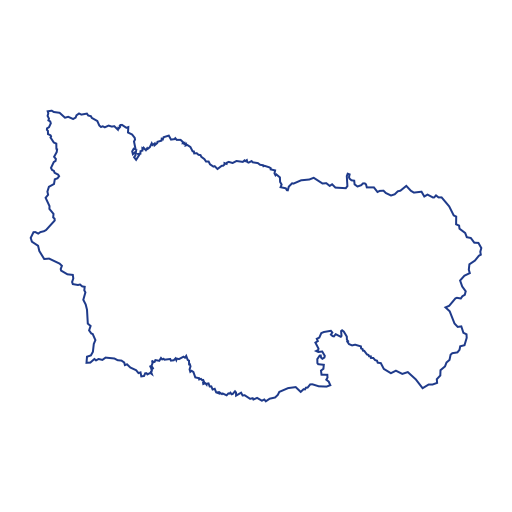 Mae Taeng, Chiang Mai, Thailand (Robinson projection)
{"feature_id": "78962969B22934256607694", "entity_name": "Mae Taeng", "entity_type": "district", "adm_level": 2, "iso_a3": "THA", "parent_name": "Thailand", "parent_adm1": "Chiang Mai", "projection": "robinson", "projection_center": [98.828, 19.19], "detail": "fine", "context": "isolated", "style": "outline", "palette": "blue", "viewbox_px": 512, "rotation_deg": 0, "n_neighbors": 0, "source": "geoboundaries", "source_scale": "gbopen_adm2", "svg_char_len": 6022}
<svg xmlns="http://www.w3.org/2000/svg" viewBox="0 0 512 512"><path d="M51.7,110.7L47.7,111.3L48.3,113.3L47.6,115.9L49.0,118.7L48.4,120.4L50.2,121.4L50.8,123.3L49.0,127.2L47.0,128.4L46.9,129.8L47.9,130.8L48.0,134.1L50.5,135.3L51.1,136.4L50.5,137.5L53.8,142.5L56.3,143.6L56.4,148.9L57.1,149.3L56.7,152.1L54.1,156.8L55.9,159.0L55.5,161.0L53.8,162.0L51.0,167.9L52.0,169.9L53.9,170.9L54.6,172.8L58.1,174.6L59.1,176.2L57.5,178.3L54.8,179.3L54.0,184.0L48.9,186.8L47.4,191.6L48.1,194.8L45.6,197.8L49.5,206.1L49.4,208.9L53.5,213.9L53.2,217.4L54.6,218.7L54.7,220.5L46.1,230.0L44.0,231.2L40.4,232.1L38.2,233.6L35.4,232.1L33.5,232.2L30.7,237.9L31.9,241.7L38.1,245.8L39.3,251.0L44.2,259.0L49.1,258.6L59.6,263.6L61.9,265.8L60.7,269.0L61.1,270.6L67.4,274.3L72.8,274.9L73.3,278.4L72.1,282.0L72.8,284.1L78.0,285.0L80.0,284.5L82.2,286.4L84.7,286.8L84.3,290.3L85.4,292.4L83.3,299.8L85.7,304.5L87.0,309.7L87.8,323.6L90.6,326.0L89.1,330.4L91.3,333.5L92.7,334.0L95.4,340.1L93.8,343.9L92.9,351.8L90.9,355.4L87.0,356.7L86.5,362.8L90.3,362.6L94.4,359.0L96.0,360.4L98.6,359.0L102.4,359.9L105.6,357.6L114.4,358.5L117.6,360.2L121.5,360.6L124.2,362.5L124.9,365.1L127.0,364.3L130.3,367.5L136.1,370.2L138.5,373.1L140.5,372.4L141.3,376.4L144.0,376.0L145.2,373.3L146.5,373.2L147.4,374.4L150.3,372.9L151.8,374.0L151.0,371.7L151.9,370.8L151.5,369.7L153.0,368.3L152.3,367.2L151.0,367.9L150.3,366.4L151.6,365.8L152.5,363.2L152.1,360.5L153.4,362.2L154.6,361.9L155.4,360.1L159.3,360.8L161.0,358.0L162.2,359.4L163.6,358.8L164.5,359.7L170.2,359.0L170.9,360.6L173.7,360.3L175.5,358.4L176.3,360.1L176.8,358.6L179.0,359.1L183.5,356.7L185.0,357.7L186.2,355.9L187.7,359.9L189.0,360.7L189.1,364.3L189.8,364.2L190.5,366.3L189.6,369.4L190.3,371.8L191.6,370.8L193.4,372.0L195.3,377.4L199.1,378.2L199.2,379.4L201.0,378.9L202.2,380.2L203.2,380.0L204.3,382.4L203.1,382.6L203.3,384.0L205.3,383.2L206.6,384.7L206.8,383.7L208.5,383.4L209.7,386.5L211.3,386.4L212.6,389.5L214.7,388.8L216.2,392.4L218.4,393.2L217.9,392.3L219.1,392.1L222.0,394.1L222.7,393.5L226.6,395.3L228.4,393.4L229.6,393.6L230.4,392.7L231.7,394.3L232.8,393.9L235.0,391.3L236.0,392.5L236.1,395.6L241.1,392.7L242.6,395.5L244.6,395.2L250.1,398.8L252.7,398.2L253.4,399.5L257.1,397.9L261.9,400.7L264.3,399.5L265.8,401.3L269.7,398.7L275.1,397.5L277.8,394.9L279.3,391.9L288.1,388.1L295.7,387.1L300.7,391.9L303.6,389.2L305.0,389.4L305.9,387.7L307.6,387.6L310.2,384.4L312.4,384.3L318.8,386.3L326.5,386.6L330.3,385.2L328.7,381.6L326.3,379.7L327.5,377.6L327.3,374.8L321.5,374.7L321.0,370.6L323.4,368.8L323.8,364.8L318.2,364.2L317.4,363.1L317.3,359.1L319.7,355.6L320.7,355.5L321.1,357.6L322.4,358.8L324.4,357.5L324.8,355.9L322.2,351.5L318.3,352.0L316.2,351.0L318.2,350.0L318.5,348.6L315.4,342.6L317.8,341.1L316.8,338.8L319.3,337.6L321.3,333.1L323.9,332.0L330.9,330.8L332.3,332.5L330.9,334.6L332.6,336.1L333.9,336.4L335.7,334.2L340.8,336.8L341.5,335.9L341.1,331.1L342.1,330.3L343.8,331.6L346.8,336.6L346.9,339.7L348.0,341.1L347.3,341.6L349.0,344.1L352.1,345.4L355.1,344.7L360.9,346.4L361.1,348.4L362.6,349.1L362.9,350.6L364.2,350.8L367.0,354.5L368.4,354.9L369.1,356.3L370.8,356.4L370.9,357.9L373.3,358.0L375.1,360.1L377.0,360.7L377.7,362.7L380.8,363.1L383.8,368.9L390.9,373.2L395.9,370.7L402.3,373.9L407.8,372.1L415.8,379.4L422.6,388.2L428.7,384.5L432.6,384.5L437.1,382.9L436.8,379.2L440.3,375.5L440.5,370.2L445.0,366.4L446.5,362.5L449.5,359.9L450.6,354.7L452.3,353.2L457.4,352.4L459.5,349.8L460.2,346.3L464.5,345.2L466.7,337.8L466.5,334.3L463.4,332.8L461.3,326.4L457.7,326.9L454.5,323.5L449.7,311.3L445.5,307.4L449.2,305.8L455.4,298.4L456.9,297.8L460.8,298.5L462.4,296.2L464.8,294.8L465.7,291.3L462.2,286.5L460.1,280.5L464.4,275.7L469.8,273.1L468.8,269.7L469.4,264.3L474.9,260.6L478.9,255.7L480.8,254.7L480.3,251.8L481.3,248.0L478.4,242.9L474.3,242.7L470.8,238.0L466.8,237.2L465.2,233.0L459.5,228.7L459.1,225.6L456.1,224.3L456.2,216.6L453.7,215.4L449.2,206.4L441.6,197.4L438.5,197.4L436.0,195.4L434.2,197.4L433.0,197.5L427.5,194.6L424.3,196.5L421.5,191.7L413.9,192.6L410.9,190.8L406.3,185.9L400.4,190.7L397.8,191.3L394.7,194.3L391.0,195.5L385.8,193.0L383.5,190.7L379.7,190.9L377.5,192.0L373.9,187.4L366.8,187.4L366.0,184.4L364.8,183.4L363.0,183.4L361.2,185.2L357.5,186.5L354.6,184.4L354.2,180.7L351.5,180.3L349.5,178.6L349.0,177.1L349.6,174.4L347.7,173.7L346.8,176.1L347.4,186.1L345.8,188.2L335.4,187.6L332.1,184.3L329.7,185.9L326.3,183.2L322.5,183.5L313.7,177.8L309.3,179.5L301.1,180.3L293.5,183.6L292.1,183.3L288.8,186.6L287.8,190.3L286.9,190.2L285.8,188.3L280.6,187.2L281.6,184.5L280.1,181.9L279.9,177.4L276.3,174.4L275.5,175.3L274.5,173.4L275.1,170.4L270.7,169.4L270.7,168.2L269.2,167.3L264.5,165.8L263.4,166.2L263.0,165.2L260.1,164.8L257.9,163.1L252.7,162.3L251.6,161.1L248.6,162.6L247.3,162.1L246.8,160.1L245.2,161.2L244.5,160.4L242.8,161.9L236.5,161.0L232.6,163.0L228.7,161.9L226.9,162.7L226.6,163.9L224.5,163.1L224.5,164.5L223.2,165.7L221.7,165.8L217.5,169.0L214.7,166.2L213.4,166.6L210.0,164.3L208.6,161.5L206.0,161.5L204.4,159.1L201.3,156.8L200.5,155.1L198.5,154.8L196.7,153.2L194.2,153.4L193.9,151.5L192.6,151.3L190.4,147.0L187.2,144.9L185.6,145.5L185.9,143.7L184.4,144.0L184.4,142.8L182.7,143.2L182.9,142.0L180.6,139.9L176.7,139.9L175.3,138.2L174.6,139.1L171.0,139.6L168.8,135.6L163.6,137.2L162.8,139.4L161.7,138.8L161.4,140.7L157.5,141.8L157.2,143.1L154.7,145.2L154.6,143.5L152.5,145.0L151.7,143.3L149.8,147.2L147.7,148.9L147.2,148.2L145.9,150.2L143.8,147.9L143.6,148.6L142.4,148.0L142.4,150.6L140.5,151.2L140.4,153.7L138.0,154.0L139.1,155.1L136.1,159.8L134.1,157.2L135.4,155.5L136.0,151.4L132.9,154.2L132.2,151.4L133.7,148.7L135.6,149.4L134.0,141.5L135.0,139.6L134.7,137.8L132.1,134.5L128.0,132.5L128.3,127.1L126.4,127.8L122.0,124.9L120.4,125.0L119.7,125.9L120.2,126.8L118.9,128.4L118.3,128.0L117.9,129.7L114.3,126.2L111.8,126.6L108.6,125.6L104.8,127.3L102.7,126.3L101.0,127.0L99.3,125.5L97.3,121.0L91.8,117.9L90.9,116.2L88.2,115.5L86.9,113.6L81.4,114.6L79.0,113.5L76.5,115.3L75.6,117.6L73.1,119.0L68.2,116.8L65.0,117.7L59.6,112.8L53.8,112.0L51.7,110.7Z" fill="none" stroke="#1e3a8a" stroke-width="2"/></svg>